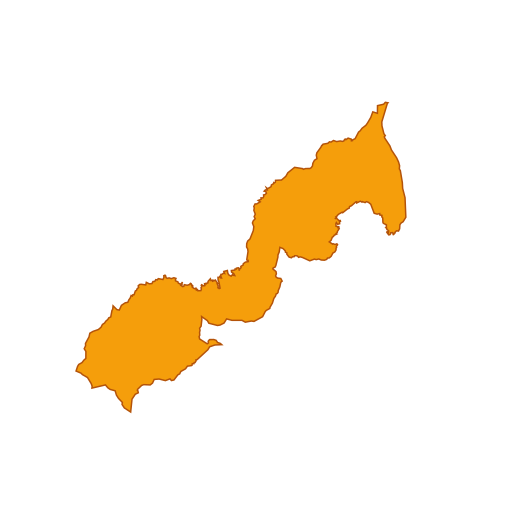 Cisnadie, Sibiu, Romania, rotated 23°
{"feature_id": "2599482B29691354354031", "entity_name": "Cisnadie", "entity_type": "district", "adm_level": 2, "iso_a3": "ROU", "parent_name": "Romania", "parent_adm1": "Sibiu", "projection": "orthographic", "projection_center": [24.09, 45.647], "detail": "fine", "context": "isolated", "style": "filled", "palette": "amber", "viewbox_px": 512, "rotation_deg": 23, "n_neighbors": 0, "source": "geoboundaries", "source_scale": "gbopen_adm2", "svg_char_len": 6153}
<svg xmlns="http://www.w3.org/2000/svg" viewBox="0 0 512 512"><g transform="rotate(23 256 256)"><path d="M165.8,325.7L161.3,326.9L160.0,327.7L159.2,329.5L160.3,330.9L159.4,332.4L159.4,334.4L158.6,335.3L158.9,339.3L157.8,339.8L157.9,341.2L156.5,341.1L156.6,343.9L156.1,346.0L156.1,348.7L153.9,350.2L151.4,354.0L151.3,359.2L148.9,359.7L143.9,357.7L144.9,361.0L144.7,362.4L146.1,368.9L144.6,370.5L144.4,372.3L143.2,374.7L142.8,376.9L141.4,379.0L141.2,382.1L139.6,385.3L135.5,389.0L133.2,392.0L133.9,395.7L133.2,403.1L134.2,405.2L134.1,408.5L136.7,410.3L139.4,416.8L138.3,419.0L137.5,422.1L135.2,425.1L134.9,427.3L135.3,432.2L140.6,432.2L142.6,433.0L148.4,433.7L154.1,437.8L156.0,439.8L156.6,441.7L167.8,433.5L171.1,435.2L173.8,435.8L179.0,435.1L181.9,438.6L185.1,440.8L190.2,443.0L190.7,445.0L194.2,447.3L201.6,448.6L197.8,436.2L198.9,430.4L201.1,427.9L199.9,426.2L199.3,426.1L199.1,425.0L201.3,419.8L202.9,418.3L209.0,416.0L210.4,413.4L210.5,409.4L214.9,407.1L221.3,406.1L224.8,402.7L226.8,403.7L228.9,402.2L230.5,395.9L231.8,394.3L231.9,391.7L235.2,387.4L235.9,384.2L239.4,382.1L239.8,381.6L239.4,380.0L240.9,379.4L240.7,378.3L241.5,377.9L241.8,375.9L241.3,375.1L242.3,374.4L248.3,361.1L248.8,357.7L252.9,354.0L259.1,351.0L257.3,350.4L254.4,350.6L252.2,349.2L249.7,349.4L245.9,351.1L245.3,353.1L246.2,354.7L245.4,355.9L236.5,354.4L235.1,352.4L235.2,350.9L233.9,348.4L233.5,346.3L232.3,344.5L232.9,342.1L231.0,335.7L229.6,333.0L236.5,334.5L238.9,336.3L247.7,335.0L249.9,333.6L252.8,330.2L253.5,325.4L259.0,324.6L268.2,320.7L272.0,321.1L277.1,317.7L279.7,317.0L285.8,309.3L286.2,303.6L286.7,302.1L289.2,298.9L288.9,297.9L289.5,292.9L289.0,288.1L289.6,285.4L289.4,282.9L290.3,282.1L290.5,280.5L290.0,279.4L290.0,275.1L289.2,271.1L289.3,269.9L289.9,268.9L287.6,267.0L284.4,267.9L282.5,267.4L281.8,266.6L281.7,264.4L280.5,262.5L276.5,261.3L276.5,260.2L277.9,258.8L278.0,257.1L276.6,248.5L275.8,246.4L275.8,243.3L274.6,238.7L278.0,238.6L280.9,239.8L281.6,241.0L283.1,241.0L283.7,242.3L286.9,244.1L289.3,243.8L289.9,242.4L291.4,241.7L291.4,240.7L293.0,240.0L294.3,239.8L295.7,240.6L297.0,239.5L299.3,239.2L307.4,239.4L311.0,236.0L312.8,235.8L315.0,234.2L317.6,234.2L320.7,233.1L322.4,231.5L322.6,230.0L324.2,229.1L325.3,226.9L325.6,223.3L327.0,221.4L327.3,219.1L326.6,217.6L326.9,216.8L326.2,215.7L326.7,213.8L325.7,213.2L324.3,214.5L322.2,214.6L321.9,215.1L317.9,214.4L319.0,212.3L318.9,208.9L319.7,207.7L319.8,206.5L321.5,204.5L320.8,204.6L321.6,202.3L321.3,201.6L321.9,198.3L320.8,197.8L319.7,198.2L320.8,197.4L320.1,197.1L321.4,196.5L318.1,197.4L316.9,195.2L316.9,193.8L318.8,194.9L320.4,193.6L319.4,191.7L320.2,191.1L319.7,190.4L318.5,191.0L314.9,189.6L314.1,191.1L314.9,188.8L314.4,188.6L314.9,188.2L314.9,187.1L315.8,185.1L318.2,182.0L318.9,182.3L321.9,176.8L323.1,175.6L322.8,173.9L324.2,172.5L326.8,167.1L327.4,166.7L328.0,167.8L330.6,164.8L332.5,165.0L332.6,164.4L335.6,164.2L336.4,162.8L338.6,162.7L341.4,163.5L348.1,170.5L351.2,170.1L353.3,168.6L354.0,169.9L356.0,169.4L356.5,170.8L357.8,171.5L359.6,175.3L360.4,176.1L363.9,176.4L364.7,178.6L364.4,179.2L365.4,179.3L365.9,180.2L368.4,181.1L368.9,183.6L368.2,183.3L368.2,182.2L367.4,182.4L368.0,182.9L367.5,183.3L369.9,184.7L370.9,184.1L371.2,182.9L370.9,182.0L372.5,181.1L373.9,182.3L373.3,182.8L374.2,182.6L374.5,181.8L374.1,181.3L375.0,180.4L374.7,179.8L375.5,177.9L376.7,177.6L377.3,176.7L377.4,178.0L377.6,174.9L376.2,170.9L376.7,168.9L378.0,167.0L378.8,161.8L370.4,144.1L364.6,136.5L362.0,131.2L355.5,121.0L353.9,119.8L352.9,116.8L350.5,113.8L347.1,110.7L339.3,105.5L336.2,102.3L328.2,97.0L327.5,95.9L328.0,94.7L325.9,93.4L321.1,87.0L319.4,83.4L317.3,64.4L317.6,63.4L315.0,64.0L314.2,66.4L309.1,70.1L312.0,77.2L307.2,77.7L307.5,83.7L306.7,89.9L306.1,92.7L303.7,97.0L303.0,100.0L302.0,101.8L301.4,109.3L299.5,111.4L299.7,112.1L298.8,112.7L298.0,111.2L294.7,111.5L293.3,113.8L292.7,113.4L292.0,114.0L291.9,115.7L290.9,116.7L288.6,117.2L285.5,119.2L282.2,119.4L280.6,121.8L279.0,122.2L278.1,124.2L274.0,126.9L273.7,128.4L273.3,128.6L273.2,130.6L271.7,137.2L272.1,139.6L274.1,142.6L272.4,145.0L272.1,148.4L272.8,151.1L272.3,153.2L271.4,154.4L267.5,156.1L265.7,157.7L264.9,157.3L256.9,159.3L252.8,166.9L252.3,171.0L249.8,176.1L244.4,178.7L245.0,180.5L244.1,181.9L243.7,181.7L243.8,182.7L242.4,184.6L242.8,186.3L240.4,189.5L238.9,189.1L240.6,190.8L238.8,191.5L238.2,193.1L239.9,192.9L241.1,194.2L240.3,196.0L239.1,196.8L239.9,198.3L239.7,199.8L237.9,200.5L238.6,201.8L236.3,204.0L238.7,204.5L236.2,207.9L234.8,208.4L234.6,211.3L235.6,212.4L236.2,214.8L239.0,217.8L238.9,220.5L240.7,222.0L239.7,224.8L239.8,227.0L242.5,229.8L243.6,233.7L243.8,242.6L242.5,245.5L242.6,248.2L243.8,251.4L245.6,252.8L246.9,255.0L248.9,262.9L249.7,263.6L250.5,263.1L251.1,264.2L248.6,265.8L247.3,268.1L247.7,269.3L246.1,271.5L246.8,272.6L246.0,274.4L246.3,276.0L244.7,273.7L244.2,273.8L242.7,274.9L242.9,275.8L241.8,276.1L242.0,277.2L239.0,279.0L239.8,280.4L242.4,280.9L244.1,282.3L242.0,282.8L241.6,282.3L241.0,284.3L238.6,284.1L236.9,283.0L235.3,280.5L232.4,282.8L233.9,284.3L232.9,284.4L231.7,286.4L231.0,286.5L230.9,287.7L232.9,289.7L232.1,290.0L230.6,289.1L230.0,290.5L229.4,290.6L230.5,292.9L232.3,294.8L235.5,299.7L234.8,300.4L233.5,299.8L233.2,300.8L233.4,299.8L232.9,298.5L231.1,296.7L231.6,296.3L227.9,294.0L227.1,295.2L226.3,295.2L226.1,294.3L226.3,295.8L225.9,296.2L225.1,295.4L224.1,296.2L222.9,294.8L221.8,298.0L222.2,299.7L220.5,300.8L220.8,301.2L219.5,301.6L220.5,303.2L219.7,303.9L217.2,303.7L217.1,304.5L218.1,305.3L217.8,306.8L218.6,307.6L218.8,309.4L216.1,310.7L215.3,309.8L214.5,310.6L213.8,309.0L213.8,309.8L213.2,309.1L212.8,309.9L211.7,310.1L209.6,309.6L209.6,308.3L208.6,307.8L208.3,308.3L207.1,306.8L206.3,306.8L205.9,308.3L204.1,309.8L201.2,310.4L201.4,312.2L200.2,312.9L198.8,312.3L199.2,311.4L198.7,310.8L198.5,308.7L197.7,312.0L197.1,311.3L195.2,311.4L194.2,310.3L191.6,310.3L191.1,309.4L191.1,307.9L188.9,308.1L186.9,309.9L184.6,310.1L182.9,311.3L181.6,311.0L180.5,309.5L179.7,309.2L178.8,310.2L179.6,311.6L179.5,314.0L174.9,315.0L174.4,316.6L173.0,316.9L172.7,318.9L171.1,319.8L171.0,322.0L168.7,323.3L165.3,323.1L165.8,325.7Z" fill="#f59e0b" stroke="#b45309" stroke-width="1.5"/></g></svg>